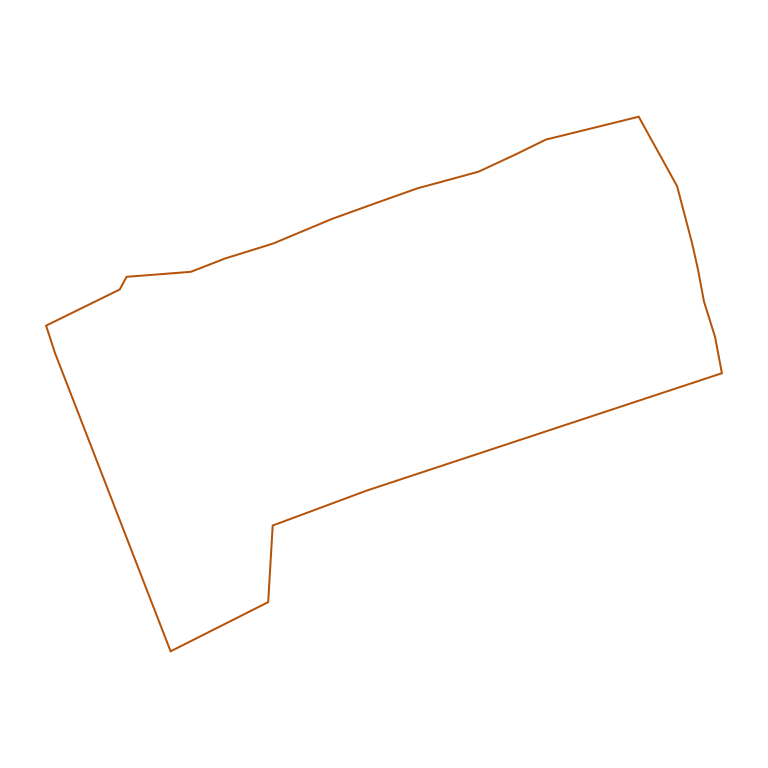 the district of Tumaseu, Tuvalu
{"feature_id": "33948139B75892049878834", "entity_name": "Tumaseu", "entity_type": "district", "adm_level": 2, "iso_a3": "TUV", "parent_name": "Tuvalu", "parent_adm1": "", "projection": "orthographic", "projection_center": [178.68, -7.489], "detail": "fine", "context": "isolated", "style": "outline", "palette": "amber", "viewbox_px": 768, "rotation_deg": 0, "n_neighbors": 0, "source": "geoboundaries", "source_scale": "gbopen_adm2", "svg_char_len": 437}
<svg xmlns="http://www.w3.org/2000/svg" viewBox="0 0 768 768"><path d="M721.9,373.2L715.1,337.1L703.9,301.2L698.1,270.0L692.1,243.3L677.1,186.2L638.7,116.7L545.8,139.6L516.3,154.1L478.5,171.7L417.2,188.4L376.3,202.9L331.7,219.0L291.6,235.8L273.2,243.5L225.0,258.5L190.9,271.8L126.6,276.8L119.7,289.5L46.1,325.6L54.8,352.5L170.6,651.3L268.2,602.1L272.7,525.5L366.6,490.6L721.9,373.2Z" fill="none" stroke="#b45309" stroke-width="2"/></svg>